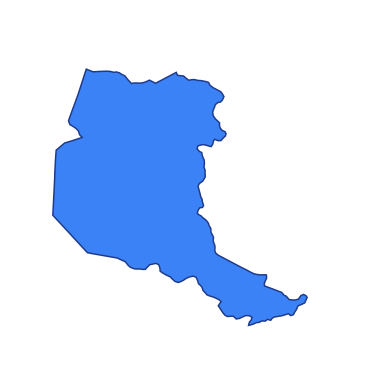 Caculé, Bahia, Brazil, rotated 198°
{"feature_id": "56859067B39713368810009", "entity_name": "Caculé", "entity_type": "district", "adm_level": 2, "iso_a3": "BRA", "parent_name": "Brazil", "parent_adm1": "Bahia", "projection": "albers", "projection_center": [-42.349, -14.492], "detail": "fine", "context": "isolated", "style": "filled", "palette": "blue", "viewbox_px": 384, "rotation_deg": 198, "n_neighbors": 0, "source": "geoboundaries", "source_scale": "gbopen_adm2", "svg_char_len": 2915}
<svg xmlns="http://www.w3.org/2000/svg" viewBox="0 0 384 384"><g transform="rotate(198 192 192)"><path d="M272.8,102.0L269.0,102.4L242.8,106.1L233.7,105.0L230.2,102.6L227.5,101.4L223.2,101.1L220.2,101.8L217.9,102.7L215.6,103.0L212.5,104.0L211.2,106.8L209.8,109.7L206.8,111.5L204.1,113.0L201.0,112.5L198.9,109.5L197.8,106.8L194.4,105.8L190.3,105.0L186.4,104.6L183.7,103.1L180.6,101.7L177.1,101.7L174.8,103.5L172.9,105.4L170.7,108.2L168.1,110.5L164.7,112.4L161.6,112.1L159.1,109.2L157.4,106.7L155.3,105.9L153.2,104.6L151.0,101.7L148.0,100.1L146.0,98.8L143.0,98.6L140.1,98.7L136.0,98.4L132.6,97.8L130.4,96.7L131.9,92.0L125.2,86.6L122.5,85.0L119.9,84.5L117.3,85.6L114.2,86.6L110.7,84.9L107.7,86.5L105.2,88.9L102.9,90.9L100.6,91.8L98.4,91.9L96.1,91.3L96.2,88.3L97.2,86.0L97.0,82.6L94.9,83.9L92.3,85.8L90.7,87.5L88.0,88.7L85.6,91.0L82.5,91.8L80.8,94.2L77.5,94.3L76.7,96.7L75.2,98.5L70.9,100.7L68.2,102.1L65.0,104.4L62.7,106.0L59.8,105.0L57.6,106.7L57.1,110.0L56.3,112.6L56.0,116.5L53.1,118.9L50.5,121.4L50.2,124.6L49.9,127.3L51.7,128.7L54.4,129.0L56.5,126.9L57.6,123.1L60.4,121.2L63.3,120.3L66.3,119.7L70.1,122.0L72.7,122.3L75.5,124.2L94.0,125.1L94.9,127.1L94.9,129.6L94.4,132.9L95.6,136.1L97.9,135.5L100.7,134.5L104.3,133.7L107.8,133.4L110.5,133.7L115.8,134.7L120.8,135.4L132.0,137.3L147.0,139.9L150.3,141.0L152.3,143.4L152.9,146.1L153.9,148.4L155.4,150.1L156.9,152.5L157.4,155.2L158.8,157.0L161.5,159.5L162.8,163.1L165.4,165.4L166.7,167.3L169.0,169.0L171.5,170.2L173.9,170.9L176.0,172.1L178.3,172.4L180.5,173.6L180.5,176.9L179.7,179.4L177.3,180.5L176.8,182.7L178.6,185.2L180.3,188.3L182.2,190.2L183.6,192.5L188.0,199.3L187.7,202.2L185.2,205.6L184.5,208.2L184.1,210.6L185.3,213.6L186.4,217.0L188.3,219.3L188.9,222.6L190.2,226.0L191.9,227.9L193.9,230.4L194.9,232.5L197.5,232.9L200.5,234.7L200.6,237.8L198.1,239.4L195.9,240.6L192.9,240.9L190.4,240.9L187.8,241.1L187.0,244.0L187.4,246.6L186.7,249.2L183.3,248.8L180.3,249.9L178.9,253.2L177.6,255.5L177.6,257.9L179.2,259.6L182.3,259.9L185.2,261.7L186.5,264.1L187.2,266.3L189.4,267.4L192.3,268.7L195.4,271.1L196.9,274.1L197.1,276.8L196.8,279.4L196.8,282.3L195.0,285.1L192.7,286.4L191.5,288.9L191.1,292.6L193.6,294.9L195.9,296.3L204.5,297.8L208.2,299.3L210.0,301.3L212.3,301.4L217.4,300.8L221.3,299.9L224.4,299.7L226.6,298.9L229.6,297.3L232.3,298.2L235.9,299.7L239.5,298.9L242.0,298.6L243.9,300.9L260.2,284.2L267.1,285.2L269.3,283.1L271.4,281.4L274.2,279.8L277.1,278.9L280.5,277.9L283.1,276.5L285.1,277.6L287.7,279.0L291.8,281.7L294.8,282.1L298.0,282.9L301.0,282.8L303.3,281.7L307.0,281.4L309.9,280.7L312.5,279.8L315.2,278.8L317.7,277.9L321.2,276.5L323.6,275.7L330.5,276.2L330.5,248.8L331.4,225.1L331.4,221.5L329.0,218.4L325.4,217.6L321.7,216.5L318.7,214.8L316.6,211.7L313.3,210.0L322.0,203.6L328.3,199.2L334.1,189.8L332.3,182.4L329.0,170.1L328.2,167.1L327.5,164.9L323.4,150.0L318.1,130.3L317.2,126.9L272.8,102.0Z" fill="#3b82f6" stroke="#1e3a8a" stroke-width="1.5"/></g></svg>